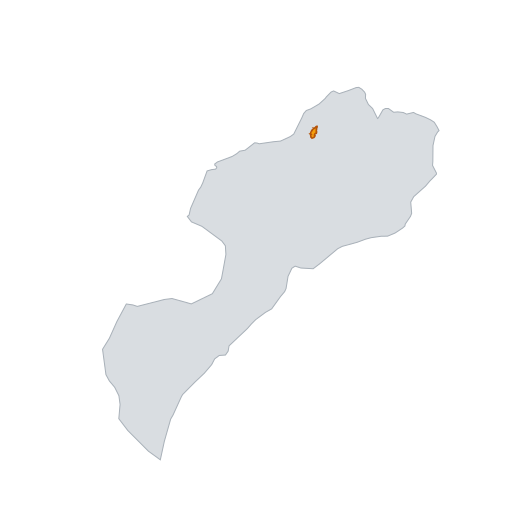 location of Zeltiņu pag., Aluksne, Latvia, rotated 311°
{"feature_id": "27541924B11156685334807", "entity_name": "Zeltiņu pag.", "entity_type": "district", "adm_level": 2, "iso_a3": "LVA", "parent_name": "Latvia", "parent_adm1": "Aluksne", "projection": "robinson", "projection_center": [26.759, 57.345], "detail": "fine", "context": "in_parent", "style": "filled", "palette": "amber", "viewbox_px": 512, "rotation_deg": 311, "n_neighbors": 0, "source": "geoboundaries", "source_scale": "gbopen_adm2", "svg_char_len": 3723}
<svg xmlns="http://www.w3.org/2000/svg" viewBox="0 0 512 512"><g transform="rotate(311 256 256)"><path d="M376.3,348.7L373.2,348.3L364.6,345.9L357.3,342.3L353.0,337.5L345.4,330.9L340.5,327.6L332.8,323.4L319.9,314.8L315.2,312.9L292.2,309.2L283.9,307.5L276.4,297.8L274.0,292.2L270.3,291.1L266.1,292.3L261.7,293.5L251.2,300.0L247.9,301.0L241.4,301.1L226.4,302.5L219.6,300.1L207.8,297.5L201.4,297.1L195.7,297.1L170.5,294.6L165.9,297.4L161.2,297.9L156.8,293.5L151.2,292.3L145.0,293.8L133.7,293.9L120.3,292.6L103.3,291.5L100.8,292.0L81.6,297.7L76.9,298.6L56.0,308.4L39.4,317.5L38.1,302.9L40.2,273.7L43.2,259.2L54.8,250.8L60.6,244.2L64.2,235.5L65.5,227.3L68.0,220.6L84.9,201.4L97.8,199.3L115.3,194.0L134.7,189.6L138.3,195.2L140.1,199.5L163.0,215.3L168.8,220.5L177.4,238.6L198.9,247.8L216.1,244.9L223.6,240.5L237.4,232.3L243.6,226.2L244.9,220.4L242.9,195.7L239.4,184.9L240.8,178.2L243.1,178.6L249.0,175.4L268.0,169.4L271.8,169.1L276.1,167.9L288.1,163.3L291.9,165.7L295.0,168.5L296.8,168.5L297.7,167.5L297.4,165.7L298.3,164.5L301.7,165.2L315.5,172.7L320.8,174.4L324.4,174.9L328.7,178.4L340.5,180.7L341.9,182.6L342.8,184.8L353.8,194.3L358.8,199.1L368.6,203.5L372.8,204.5L390.1,200.0L394.9,198.5L398.8,198.5L402.9,200.8L412.1,203.9L420.5,204.9L422.0,204.7L429.0,205.1L431.5,206.3L433.2,212.3L441.3,217.1L448.8,221.1L450.7,222.9L451.3,226.4L450.9,230.5L449.9,232.7L446.8,235.1L444.1,241.4L443.8,247.3L439.5,257.5L440.5,257.7L449.6,255.9L452.2,256.9L454.2,259.2L454.8,265.6L457.8,268.5L460.9,273.0L461.9,276.6L467.7,280.7L468.2,283.4L471.8,293.0L473.3,298.5L473.9,302.8L472.2,308.2L470.7,311.9L468.9,311.7L463.7,312.6L455.5,317.1L443.3,327.5L440.2,329.8L437.0,337.7L436.2,338.5L429.1,338.2L427.1,338.0L419.9,338.1L404.3,336.1L398.2,337.4L390.3,345.5L387.2,346.6L378.0,347.7L376.3,348.7Z" fill="#d9dde1" stroke="#a8b0b8" stroke-width="1"/><path d="M388.2,221.0L388.3,220.9L388.6,220.8L388.9,220.7L389.1,220.6L389.3,220.5L389.5,220.4L389.5,220.1L389.7,219.8L389.7,219.6L389.8,219.6L390.0,219.5L390.1,219.4L390.2,219.2L390.3,219.2L390.5,219.1L390.8,219.0L391.0,218.9L391.0,218.7L391.4,218.5L391.4,218.4L391.5,218.4L391.7,218.2L391.8,218.2L392.3,218.0L392.5,217.9L392.8,217.7L393.0,217.7L393.3,217.6L393.6,217.5L393.7,217.3L393.8,217.2L394.0,217.0L394.0,216.9L393.9,216.9L393.7,216.8L393.4,216.7L393.2,216.7L392.8,216.6L392.7,216.5L392.7,216.4L392.4,216.4L392.2,216.5L391.9,216.6L391.7,216.6L391.4,216.5L391.4,216.4L391.2,216.4L390.9,216.4L390.8,216.2L390.8,216.3L390.8,216.2L390.7,216.2L390.5,215.9L390.5,216.0L390.2,216.0L389.9,216.0L389.7,215.9L389.2,215.8L388.9,215.8L388.6,215.7L388.2,215.7L388.1,215.8L387.9,215.8L387.7,215.7L387.4,215.7L387.4,215.8L387.3,216.1L387.2,216.1L387.1,215.9L387.0,216.0L386.8,216.0L386.7,216.0L386.8,216.0L386.8,215.9L386.7,215.9L386.2,216.0L385.9,216.1L385.6,216.1L385.4,216.2L385.1,216.3L384.9,216.4L384.7,216.5L384.4,216.7L384.3,216.8L384.1,216.9L383.6,216.6L383.6,216.8L383.6,217.0L383.5,217.4L383.6,217.5L383.6,217.4L383.8,217.5L383.7,217.5L383.8,217.5L384.0,217.7L384.1,217.8L384.1,218.0L383.9,218.0L383.7,218.0L383.4,217.8L383.2,217.8L383.0,218.0L382.9,218.1L382.7,218.3L382.3,218.8L382.0,219.1L381.9,219.2L381.8,219.3L381.7,219.4L381.7,219.5L381.7,219.8L381.9,219.8L381.8,220.0L381.7,220.3L381.7,220.5L381.6,220.8L381.6,221.0L382.5,221.4L382.6,221.5L382.8,221.6L383.0,221.7L383.1,221.8L383.3,221.8L383.5,221.8L383.6,222.0L383.8,222.0L384.0,221.9L384.4,222.0L384.6,221.9L384.8,221.8L385.0,221.8L385.3,221.8L385.5,221.5L385.7,221.4L385.8,221.4L386.0,221.0L385.7,220.9L385.8,220.8L385.8,220.7L385.7,220.7L385.8,220.6L386.0,220.5L386.3,220.4L386.7,220.3L387.0,220.3L387.3,220.4L387.7,220.4L387.7,220.5L387.8,220.5L388.1,220.8L388.2,221.0Z" fill="#f59e0b" stroke="#b45309" stroke-width="1.5"/></g></svg>